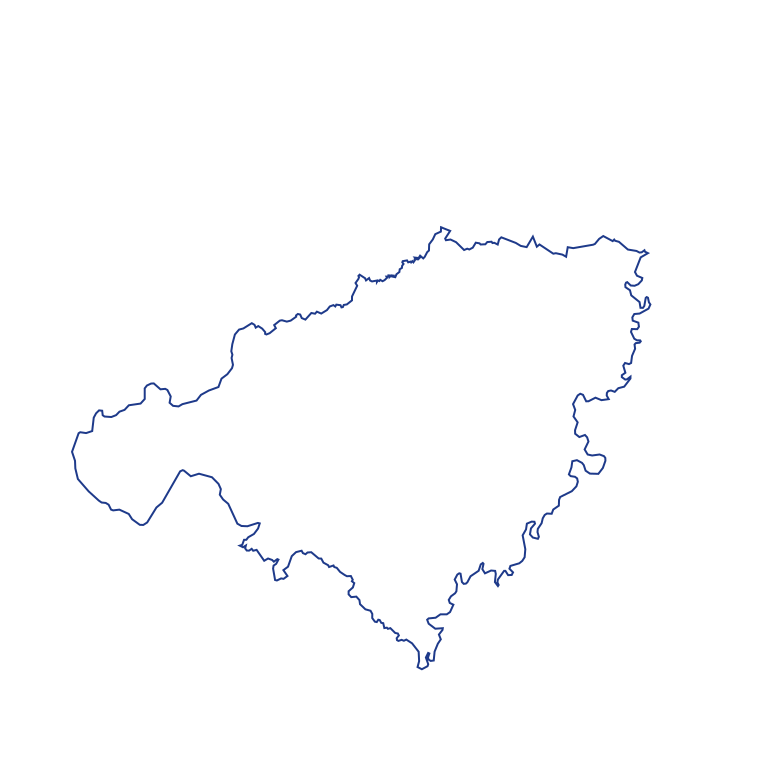 the district of Wiang Sa, Surat Thani, Thailand, rotated 213°
{"feature_id": "78962969B32749980960035", "entity_name": "Wiang Sa", "entity_type": "district", "adm_level": 2, "iso_a3": "THA", "parent_name": "Thailand", "parent_adm1": "Surat Thani", "projection": "natural_earth1", "projection_center": [99.354, 8.589], "detail": "fine", "context": "isolated", "style": "outline", "palette": "blue", "viewbox_px": 768, "rotation_deg": 213, "n_neighbors": 0, "source": "geoboundaries", "source_scale": "gbopen_adm2", "svg_char_len": 6166}
<svg xmlns="http://www.w3.org/2000/svg" viewBox="0 0 768 768"><g transform="rotate(213 384 384)"><path d="M201.7,164.9L196.9,165.4L193.8,171.0L194.3,173.1L199.9,177.4L200.5,182.5L199.2,182.7L198.1,178.5L196.5,177.2L194.0,177.2L191.7,179.2L195.8,187.1L197.4,195.5L197.3,200.8L201.5,203.8L201.0,209.6L201.7,211.2L207.7,206.7L216.0,207.3L219.4,209.8L218.9,211.7L213.4,216.1L211.2,221.6L205.9,225.0L204.4,228.7L205.6,236.7L209.6,236.2L212.1,238.2L212.2,242.4L210.4,247.2L210.4,249.6L213.7,255.8L218.2,258.5L218.7,264.1L217.8,266.2L216.5,266.6L210.8,260.4L208.3,259.8L206.6,261.2L206.1,263.1L206.7,269.9L202.9,278.9L204.6,285.4L203.7,287.7L202.6,287.4L200.7,282.3L196.2,280.2L192.6,285.9L189.0,287.8L186.8,285.6L183.1,278.3L178.4,276.6L178.4,277.9L180.9,279.5L182.0,282.1L181.5,292.7L180.4,293.4L175.8,291.3L172.9,293.4L173.2,296.3L178.2,297.4L178.9,300.3L172.9,307.3L171.7,310.9L171.7,315.3L175.5,322.4L185.3,332.6L185.7,339.4L188.1,344.7L185.2,349.0L182.8,350.4L181.3,349.1L182.1,342.9L179.7,337.4L175.6,336.3L170.6,338.0L170.9,340.2L174.6,343.4L176.1,346.3L176.0,353.1L177.7,357.8L177.9,361.7L176.8,364.1L172.7,366.5L173.7,370.9L171.1,377.2L174.1,382.2L174.7,385.2L168.1,396.4L166.9,403.0L168.2,407.6L170.6,410.0L173.3,410.2L177.3,408.4L179.7,408.9L181.4,416.2L184.0,421.8L180.7,425.2L175.0,425.7L172.3,424.8L167.7,421.1L162.5,421.0L155.3,425.4L154.7,432.8L156.5,440.2L158.1,442.5L160.2,443.3L164.8,442.3L170.5,437.4L174.8,435.8L180.1,438.4L181.2,447.1L184.6,449.9L187.7,450.7L191.3,445.9L196.6,446.4L198.6,449.3L200.7,457.3L207.4,460.0L209.5,466.4L214.5,470.1L215.3,479.9L214.1,482.7L211.2,483.3L205.0,479.6L203.1,480.9L199.2,487.7L192.8,488.9L187.3,493.7L190.9,495.6L192.2,497.9L192.1,500.2L190.1,502.2L186.2,503.1L185.2,508.1L181.1,512.6L180.3,522.8L181.3,524.4L182.8,520.2L184.1,519.1L188.3,519.3L189.3,520.9L187.7,524.9L193.3,529.7L193.3,532.9L189.4,534.1L188.2,536.2L191.3,542.7L192.6,550.3L195.4,553.6L195.1,555.4L192.1,557.9L191.9,559.6L192.9,560.1L195.7,558.4L198.8,558.3L205.2,562.2L206.1,565.1L201.5,567.9L201.4,570.9L204.1,574.0L209.9,572.6L212.0,575.1L212.2,579.0L208.0,582.3L203.2,591.3L203.9,595.8L206.3,596.8L209.6,600.1L211.0,600.0L211.4,598.8L208.2,591.2L208.3,588.9L210.4,587.6L214.3,591.9L224.9,593.0L228.8,596.6L234.2,596.7L235.8,598.7L236.2,600.8L235.5,601.9L230.7,601.0L227.3,602.9L225.1,606.2L224.2,611.3L225.1,613.6L230.8,612.6L234.5,614.6L237.7,630.0L233.9,637.5L237.2,637.1L238.4,638.0L239.6,634.8L241.3,633.4L244.7,633.1L252.7,629.6L264.4,631.2L268.2,630.0L269.6,630.5L270.0,628.4L280.7,627.5L282.6,622.9L283.4,616.3L284.5,614.7L299.3,601.0L304.4,598.8L300.6,589.9L304.8,589.7L311.1,587.3L313.0,585.5L329.6,585.7L330.6,582.4L339.4,588.7L338.9,576.5L344.5,574.3L350.3,574.1L365.5,570.9L366.2,567.9L364.6,562.9L368.4,562.5L369.8,561.3L371.3,561.9L374.7,559.3L375.1,556.4L379.0,553.6L380.5,554.0L384.0,552.5L383.8,546.7L385.7,543.3L387.9,542.8L389.8,540.0L400.8,542.2L406.9,541.4L410.4,538.3L411.9,539.3L411.9,548.4L421.5,546.5L419.3,542.8L422.6,537.6L421.8,531.8L422.2,525.8L419.0,520.4L419.6,518.1L419.1,512.8L419.5,510.7L423.6,511.3L423.6,509.8L422.7,509.8L423.3,507.0L424.0,506.7L424.4,508.1L427.0,506.8L425.6,506.3L426.2,505.2L425.5,504.6L425.6,502.1L426.9,502.6L427.4,500.8L428.2,501.3L430.0,499.2L432.0,500.2L435.2,497.2L434.9,496.0L433.0,495.3L433.2,493.1L432.2,491.1L433.3,488.8L432.1,486.3L433.3,482.9L432.7,479.7L435.9,478.5L435.4,479.9L437.0,479.1L437.4,477.4L437.8,478.4L439.5,477.5L439.0,476.3L440.4,475.4L439.3,474.8L440.1,471.4L441.2,469.4L443.9,469.3L444.0,467.8L445.5,467.5L445.5,465.7L446.3,466.9L449.9,463.5L452.0,463.2L454.2,464.7L455.5,461.1L457.5,462.4L464.0,462.4L464.3,460.7L463.1,460.0L462.7,458.1L462.9,453.2L460.0,451.8L458.5,440.0L456.4,436.7L458.5,430.5L460.8,428.4L460.4,426.1L461.4,425.1L463.4,426.4L467.2,424.6L467.1,422.5L469.4,422.6L471.7,419.5L472.1,414.9L475.0,408.9L479.7,408.1L480.1,405.4L483.6,404.0L485.0,395.2L488.9,394.5L492.1,396.6L494.4,395.8L495.1,393.6L494.3,392.6L496.8,386.3L499.5,383.4L504.3,381.9L505.9,380.4L508.2,373.6L505.1,371.9L507.6,364.3L509.6,361.5L511.0,361.3L511.9,362.8L516.3,364.1L521.0,364.1L522.3,361.4L524.8,363.1L528.0,363.0L532.2,354.0L535.2,350.7L536.0,344.3L532.9,334.8L529.9,328.3L527.1,326.0L526.0,322.8L521.1,317.8L520.1,314.5L520.7,306.9L523.2,300.0L521.2,291.3L527.3,283.2L531.6,275.2L532.2,268.0L542.1,257.3L544.1,253.3L549.0,250.8L553.6,251.5L556.1,257.4L562.4,261.0L564.8,260.8L568.6,257.8L577.4,259.1L579.6,257.5L582.0,253.6L582.3,250.0L576.5,241.1L577.5,235.0L586.4,227.2L587.5,221.0L590.8,216.7L591.7,212.0L594.7,207.8L600.7,204.5L602.9,204.6L605.8,208.1L608.6,206.7L609.5,202.6L609.1,197.7L603.1,185.6L607.1,180.6L612.5,178.1L613.3,176.4L608.7,157.2L601.3,151.3L596.9,145.1L589.0,137.6L573.2,133.1L559.7,130.9L556.3,130.8L552.6,132.7L549.2,132.8L544.5,130.0L542.3,130.5L537.5,134.5L527.3,136.0L521.6,133.4L512.1,132.9L509.1,134.7L507.2,138.9L507.6,156.5L505.4,163.6L507.4,199.7L505.9,202.1L504.5,202.4L495.8,201.4L490.3,208.0L477.5,212.1L468.4,210.1L463.6,207.0L461.4,201.7L456.0,199.5L449.4,198.7L430.9,187.0L426.2,187.3L421.1,190.3L414.1,198.8L412.3,199.4L410.9,194.2L411.4,187.4L414.4,181.5L414.6,178.4L416.5,177.1L415.3,171.9L416.9,169.9L413.3,170.3L411.9,173.3L410.9,170.5L408.4,169.6L406.4,170.8L405.2,173.7L402.9,172.9L400.5,175.5L388.2,170.5L386.2,174.5L382.0,175.5L379.6,175.0L378.1,179.0L376.9,179.2L376.5,174.4L377.7,171.6L376.5,168.8L368.6,160.3L366.8,160.9L364.4,164.9L362.1,165.9L360.4,170.4L367.0,173.1L365.0,178.5L367.6,189.4L366.2,195.1L362.3,199.3L359.9,198.0L357.1,198.5L356.4,201.0L353.4,203.3L343.8,202.1L341.5,203.4L337.5,201.2L332.1,201.6L330.4,200.6L327.5,204.3L326.0,203.4L323.5,204.1L318.5,202.5L313.0,202.4L310.4,202.6L307.2,204.9L303.6,202.8L303.5,201.1L300.5,200.8L299.3,196.4L300.8,190.9L299.1,188.3L295.4,187.4L291.4,190.6L286.9,189.4L284.2,186.3L276.9,184.9L271.8,186.5L268.6,184.8L266.4,181.3L262.2,179.7L260.4,180.4L260.4,183.2L259.1,183.7L256.2,182.2L254.4,183.0L250.8,179.5L248.9,181.2L247.4,180.8L245.7,182.7L239.0,181.3L236.5,182.3L234.6,181.2L234.9,177.7L233.6,176.3L232.0,176.4L229.9,179.0L227.5,179.5L226.1,181.8L219.2,181.8L209.1,178.3L203.6,170.7L201.7,164.9Z" fill="none" stroke="#1e3a8a" stroke-width="2"/></g></svg>